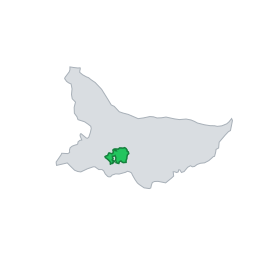 Moldova, with Criuleni highlighted, rotated 131°
{"feature_id": "MDA-1634", "entity_name": "Criuleni", "entity_type": "District", "adm_level": 1, "iso_a3": "MDA", "parent_name": "Moldova", "parent_adm1": "", "projection": "equal_earth", "projection_center": [29.094, 47.155], "detail": "fine", "context": "in_parent", "style": "filled", "palette": "green", "viewbox_px": 256, "rotation_deg": 131, "n_neighbors": 0, "source": "natural_earth", "source_scale": "10m", "svg_char_len": 2820}
<svg xmlns="http://www.w3.org/2000/svg" viewBox="0 0 256 256"><g transform="rotate(131 128 128)"><path d="M52.9,56.0L53.8,54.1L62.7,49.0L64.9,49.8L69.5,50.0L78.9,49.9L83.6,46.5L86.4,47.5L88.7,46.0L92.6,44.1L93.2,44.5L93.6,44.8L99.6,45.6L104.1,47.4L107.1,50.2L110.2,51.9L113.4,52.6L115.1,54.0L115.5,56.1L118.5,57.2L124.1,57.1L126.5,58.5L125.6,61.3L126.2,62.3L128.2,61.3L129.7,62.1L130.5,64.2L131.4,65.2L134.3,62.0L137.3,62.3L144.7,63.6L148.6,70.4L151.0,72.9L153.2,73.9L155.9,72.8L158.3,71.5L159.7,72.1L162.6,76.6L163.3,82.5L163.3,84.9L162.3,88.9L160.8,93.2L159.6,96.0L160.1,98.2L161.1,100.1L162.9,100.7L168.6,104.5L170.7,107.2L173.9,109.1L176.2,109.2L177.4,110.3L177.9,111.6L177.6,115.0L176.3,118.2L176.4,120.3L178.5,122.7L178.8,125.5L178.9,127.3L180.0,128.7L185.3,131.8L192.1,134.8L193.8,137.4L194.9,140.6L194.6,146.1L194.2,150.9L203.1,157.4L202.1,158.6L200.8,159.9L192.2,160.9L190.5,161.4L186.8,156.6L184.8,156.0L183.0,157.7L180.8,158.7L178.3,158.2L175.5,156.7L174.1,155.7L173.0,155.5L171.2,156.6L168.9,156.2L167.4,155.0L165.3,159.1L163.9,160.0L163.1,159.8L162.9,152.8L162.3,151.8L160.6,151.6L156.4,153.3L152.5,155.4L151.1,157.3L151.3,160.8L151.8,164.9L154.5,171.2L153.0,173.9L152.0,178.2L147.7,182.2L142.9,184.6L142.5,189.3L139.8,192.6L135.2,195.9L132.1,199.8L132.9,202.5L133.1,205.1L132.6,206.8L132.4,208.1L131.2,208.7L124.2,209.2L122.2,210.0L120.0,211.9L117.8,208.4L115.6,205.2L114.0,203.6L114.7,202.8L116.5,201.9L117.7,200.9L117.6,197.1L116.7,192.9L115.9,190.8L115.8,187.6L115.2,182.6L116.1,173.3L119.7,161.6L121.6,155.8L120.7,152.6L121.5,145.3L120.0,141.6L117.6,136.8L114.3,126.5L110.2,122.9L105.0,119.0L102.8,116.0L101.4,112.7L98.3,109.4L94.8,106.5L90.7,99.0L88.5,95.6L87.9,94.7L83.1,90.0L80.6,85.7L79.4,82.1L78.7,78.9L75.4,72.4L72.4,67.6L69.5,64.1L68.2,61.7L64.8,58.6L60.0,56.2L56.9,55.8L52.9,56.0Z" fill="#d9dde1" stroke="#a8b0b8" stroke-width="1"/><path d="M147.5,120.0L146.5,118.6L145.0,117.6L144.8,116.0L145.3,114.1L146.0,113.7L145.8,112.1L146.9,110.6L148.5,110.9L150.3,110.0L151.9,108.8L153.7,108.2L155.2,106.9L157.3,108.9L157.6,110.4L157.5,111.7L159.0,112.4L160.8,111.7L161.3,112.5L162.0,114.4L161.3,114.7L160.5,116.3L159.1,117.0L158.3,117.8L157.7,118.8L157.3,119.7L157.9,119.8L158.5,120.2L159.4,121.0L159.6,121.2L159.9,120.8L160.6,120.0L161.0,119.0L161.5,119.1L162.0,119.2L162.4,119.1L162.6,118.4L162.4,117.8L162.0,117.3L162.0,116.7L162.4,116.3L162.9,116.3L163.4,116.5L163.8,117.0L164.0,117.0L164.5,116.3L165.0,116.5L165.6,117.1L166.2,117.4L166.8,117.5L166.8,117.8L165.9,118.2L165.2,119.5L165.0,121.7L165.0,124.0L165.2,125.6L164.6,126.6L163.3,126.1L162.1,125.3L160.7,125.8L159.2,126.0L158.0,123.2L156.7,122.9L155.5,123.6L154.6,124.9L153.9,124.9L153.2,124.7L153.5,122.9L152.9,122.0L152.6,123.1L152.1,123.8L150.2,121.4L148.6,121.3L147.5,120.0Z" fill="#22c55e" stroke="#15803d" stroke-width="1.5"/></g></svg>